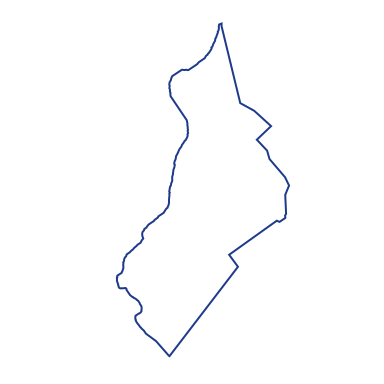 the district of San Pablo, Heredia, Costa Rica, rotated 146°
{"feature_id": "36466004B49814687345557", "entity_name": "San Pablo", "entity_type": "district", "adm_level": 2, "iso_a3": "CRI", "parent_name": "Costa Rica", "parent_adm1": "Heredia", "projection": "orthographic", "projection_center": [-84.088, 9.992], "detail": "fine", "context": "isolated", "style": "outline", "palette": "blue", "viewbox_px": 384, "rotation_deg": 146, "n_neighbors": 0, "source": "geoboundaries", "source_scale": "gbopen_adm2", "svg_char_len": 2902}
<svg xmlns="http://www.w3.org/2000/svg" viewBox="0 0 384 384"><g transform="rotate(146 192 192)"><path d="M303.1,68.3L195.7,104.3L196.3,119.2L137.8,120.8L136.2,118.3L129.2,118.3L127.9,120.5L126.2,121.3L116.3,137.5L107.9,143.1L106.6,152.3L109.3,176.0L106.6,184.3L109.0,199.1L89.6,202.4L95.0,224.5L102.3,238.7L74.7,313.1L73.3,315.1L75.8,315.7L76.6,314.9L77.5,314.0L78.0,312.8L79.8,311.0L81.0,310.5L81.5,309.6L84.6,307.5L85.5,306.6L86.7,306.3L88.3,304.5L91.8,302.7L93.8,301.1L95.1,301.0L95.7,299.8L100.4,297.8L101.6,297.7L102.3,297.1L103.7,297.1L104.9,296.8L106.0,296.0L107.2,295.8L113.8,295.8L116.1,295.1L126.6,295.1L127.7,295.6L128.3,296.5L130.2,297.4L131.9,299.0L143.6,299.1L145.7,297.8L147.0,296.5L149.2,295.5L150.9,293.6L151.1,292.5L152.7,290.8L152.9,289.5L154.2,287.5L154.4,286.2L155.2,285.3L156.2,283.3L156.2,254.4L157.6,251.1L158.3,250.3L159.3,248.1L160.1,247.0L160.5,245.8L161.4,245.2L162.3,243.0L163.4,242.5L163.9,241.4L164.9,240.4L168.1,238.6L169.4,238.5L171.8,237.4L174.1,236.6L174.8,236.0L175.9,235.4L178.3,234.6L180.5,233.3L181.5,232.5L182.7,232.0L183.4,231.4L184.6,231.0L185.6,230.2L186.9,228.7L187.9,227.9L189.0,227.4L191.0,225.4L191.0,224.2L193.0,222.2L195.0,220.8L196.3,219.2L197.2,218.4L197.9,217.3L199.9,215.7L202.0,212.5L203.0,211.6L204.2,211.0L206.0,209.1L207.2,208.7L210.7,205.0L210.8,203.8L211.8,203.3L212.3,202.2L215.6,198.2L217.0,196.0L218.7,194.3L220.5,193.2L221.2,192.6L222.5,192.6L225.9,191.2L227.0,190.6L233.5,190.6L234.6,189.9L238.5,189.8L239.6,189.3L246.1,189.3L248.5,188.6L249.6,188.0L252.2,188.0L253.2,187.1L255.5,186.4L256.8,185.1L257.9,182.9L258.4,180.7L260.8,180.0L262.9,178.7L266.8,178.7L268.1,178.3L270.7,178.1L273.2,177.4L275.8,177.2L277.1,176.8L281.0,176.8L282.7,175.5L283.9,175.3L285.1,174.8L287.3,172.6L288.4,172.1L288.9,171.0L289.8,170.1L290.3,169.0L291.8,166.9L292.9,166.3L293.8,165.4L294.9,164.9L295.6,164.3L300.6,164.4L300.9,164.3L301.6,163.1L302.1,163.1L302.3,162.8L303.0,161.6L303.7,160.6L304.0,160.1L304.3,159.2L304.3,158.7L304.5,158.2L304.6,157.6L305.0,156.7L305.1,156.1L305.4,155.7L305.6,154.7L305.9,154.3L305.9,153.2L305.5,152.4L304.8,151.8L304.3,151.7L303.7,151.1L303.2,150.8L302.2,150.4L301.8,150.1L300.9,149.6L300.8,149.2L300.5,148.9L300.5,148.4L301.0,147.5L301.0,147.0L301.0,141.0L300.8,140.7L300.6,139.8L300.1,138.4L299.7,138.0L299.7,137.5L299.5,137.0L299.4,136.5L298.8,135.8L298.1,134.0L298.1,133.4L297.8,133.0L297.7,132.5L297.5,132.0L297.5,129.3L297.8,128.3L297.8,125.6L298.3,124.7L298.5,124.2L299.1,123.3L299.7,122.5L300.1,122.3L300.3,121.8L300.6,121.4L302.1,120.8L303.7,120.8L304.1,121.0L307.3,121.0L307.9,121.0L308.3,120.8L308.5,120.3L308.8,120.1L309.4,119.4L309.9,118.5L309.9,118.0L310.2,117.7L310.2,117.2L310.5,116.9L310.5,116.4L310.7,115.9L310.7,112.7L310.5,112.2L310.5,109.0L310.3,108.6L310.2,108.2L310.2,107.1L309.4,104.1L309.4,100.3L305.2,88.5L302.7,68.9L303.0,68.3L303.1,68.3Z" fill="none" stroke="#1e3a8a" stroke-width="2"/></g></svg>